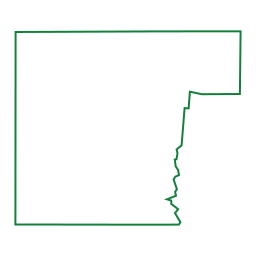 the district of Edwards, Texas, United States of America
{"feature_id": "52423323B96652215547422", "entity_name": "Edwards", "entity_type": "district", "adm_level": 2, "iso_a3": "USA", "parent_name": "United States of America", "parent_adm1": "Texas", "projection": "natural_earth1", "projection_center": [-100.041, 29.957], "detail": "fine", "context": "isolated", "style": "outline", "palette": "green", "viewbox_px": 256, "rotation_deg": 0, "n_neighbors": 0, "source": "geoboundaries", "source_scale": "gbopen_adm2", "svg_char_len": 490}
<svg xmlns="http://www.w3.org/2000/svg" viewBox="0 0 256 256"><path d="M240.6,31.3L154.5,31.4L15.6,32.0L15.4,224.5L155.5,224.7L178.8,224.6L180.4,222.2L175.0,213.1L178.1,209.2L171.3,203.9L171.2,200.6L167.0,199.3L176.0,195.7L175.1,191.9L176.9,189.2L173.6,179.5L175.3,176.7L179.0,175.1L178.1,170.0L175.7,166.4L174.8,159.5L176.5,159.2L177.5,153.3L176.6,149.4L181.6,145.4L184.6,108.1L188.6,108.4L189.9,91.7L201.7,94.2L239.9,94.0L240.6,31.3Z" fill="none" stroke="#15803d" stroke-width="2"/></svg>